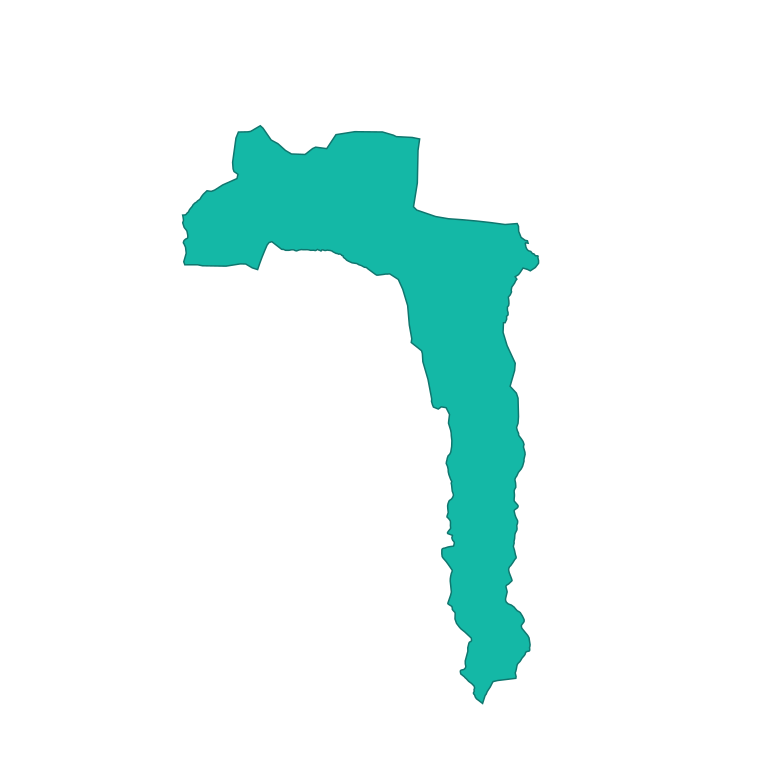 the district of Pietrosita, Dâmbovita, Romania, rotated 209°
{"feature_id": "2599482B72915231289183", "entity_name": "Pietrosita", "entity_type": "district", "adm_level": 2, "iso_a3": "ROU", "parent_name": "Romania", "parent_adm1": "Dâmbovita", "projection": "albers", "projection_center": [25.417, 45.214], "detail": "fine", "context": "isolated", "style": "filled", "palette": "teal", "viewbox_px": 768, "rotation_deg": 209, "n_neighbors": 0, "source": "geoboundaries", "source_scale": "gbopen_adm2", "svg_char_len": 6159}
<svg xmlns="http://www.w3.org/2000/svg" viewBox="0 0 768 768"><g transform="rotate(209 384 384)"><path d="M632.5,467.2L634.0,462.4L634.4,459.9L634.5,458.6L634.5,457.2L634.7,456.0L635.9,453.6L636.1,452.3L637.1,450.7L637.8,448.4L637.9,447.5L637.8,446.5L638.4,443.6L638.6,442.1L638.5,439.4L639.0,438.4L639.3,436.5L639.9,435.5L642.0,434.1L641.0,433.0L638.8,430.1L638.5,429.2L638.3,427.6L637.8,427.0L634.6,424.0L631.2,422.6L630.3,422.0L627.7,418.9L626.7,417.1L626.6,416.5L626.6,416.2L627.8,414.5L628.4,412.7L628.4,411.9L628.1,410.5L627.7,410.0L627.0,409.7L623.9,407.4L620.4,402.5L618.4,393.8L616.0,391.7L604.9,397.9L600.1,399.4L579.3,410.5L567.9,419.4L563.1,421.9L555.5,421.7L550.0,422.8L551.2,429.5L552.2,436.2L553.0,442.9L553.6,448.8L553.1,452.0L551.1,454.1L539.0,452.2L538.5,452.3L537.2,453.0L534.9,453.2L531.9,454.9L531.0,455.6L530.3,456.3L528.6,457.3L527.8,457.6L526.3,457.6L524.9,458.1L523.3,460.0L521.5,461.5L519.9,462.2L516.2,464.3L514.7,464.9L513.1,465.3L510.2,467.0L508.9,467.3L508.2,468.0L507.8,468.9L507.3,469.5L506.0,469.5L505.1,469.8L504.0,469.7L503.5,469.9L503.3,470.4L503.3,471.3L503.1,471.4L502.2,471.8L501.0,471.9L499.9,472.4L498.4,473.7L497.2,474.1L495.9,474.7L494.0,475.1L492.7,474.9L489.1,475.0L488.4,475.4L486.5,475.6L485.9,476.2L484.9,476.4L483.7,476.3L483.4,476.0L483.0,476.0L482.3,476.2L481.9,476.2L481.3,475.5L480.9,475.2L479.8,474.9L478.6,474.8L476.7,474.2L474.5,474.2L470.7,474.5L466.1,476.2L463.9,476.1L461.3,476.6L457.8,476.6L455.8,477.4L454.5,477.0L444.6,475.7L443.2,475.7L442.2,476.2L436.9,480.1L435.7,481.1L434.6,481.6L432.4,483.1L422.2,482.4L413.6,476.0L401.3,464.0L390.4,447.8L381.6,437.0L380.3,433.5L367.3,431.3L365.2,429.2L360.8,422.3L347.7,409.3L335.0,394.0L334.0,391.8L331.6,389.4L329.6,387.8L324.4,388.4L322.8,391.8L318.2,393.4L311.9,389.1L309.6,383.3L308.6,381.0L303.3,375.9L301.5,373.7L300.0,371.3L297.2,367.4L294.5,362.1L292.7,357.1L292.5,355.8L292.5,354.4L293.1,352.3L292.7,349.8L292.1,348.0L291.7,346.3L291.0,344.6L288.7,342.9L286.6,340.6L285.2,338.3L283.3,336.2L279.5,332.9L277.4,331.5L277.2,329.9L275.9,328.4L272.4,323.4L270.2,321.5L269.3,320.3L269.0,318.3L269.1,316.6L269.5,315.4L270.2,314.1L270.4,313.2L270.0,310.4L269.3,308.3L268.0,306.2L265.5,302.7L264.8,298.9L264.4,298.2L262.5,297.7L259.7,296.5L258.5,294.8L257.3,292.4L255.8,290.2L255.8,289.1L256.1,287.9L256.4,285.8L256.3,284.5L255.6,284.1L250.9,284.8L250.6,284.6L250.2,282.6L249.5,281.7L248.1,280.6L246.6,280.1L245.6,279.4L245.0,277.8L244.6,275.9L247.3,273.9L249.1,272.4L251.2,270.1L252.5,269.0L253.1,268.0L253.0,267.0L251.1,263.5L249.4,261.2L247.7,260.3L243.5,258.8L238.6,256.5L234.1,254.2L233.6,253.3L233.3,251.0L232.5,248.2L231.6,245.8L230.5,243.7L224.2,234.7L223.3,231.3L221.9,223.3L221.6,222.8L220.7,222.6L217.5,222.4L216.8,222.3L215.7,221.2L215.0,220.0L213.7,219.4L211.2,218.6L210.5,217.8L208.0,212.9L204.5,209.8L200.2,207.9L197.9,207.1L193.2,206.3L184.5,204.1L183.1,202.2L183.2,200.9L184.1,199.7L184.1,198.5L182.9,194.0L181.1,190.9L178.7,181.2L177.2,178.6L175.7,176.9L175.3,176.0L175.2,174.7L175.6,173.4L176.0,172.8L177.8,171.2L178.1,170.5L178.1,170.0L177.7,169.3L176.8,168.2L176.2,167.6L171.9,166.9L170.6,166.4L169.1,166.1L165.8,165.0L162.1,164.5L158.8,163.5L157.4,162.1L157.3,161.7L157.2,160.8L157.0,160.1L156.1,159.1L156.1,157.5L155.7,156.7L155.3,156.4L154.1,156.0L152.3,154.4L150.5,153.5L142.9,152.4L144.5,160.4L144.5,160.8L144.3,161.9L144.3,162.5L144.5,164.0L144.6,165.2L144.2,170.6L144.4,175.8L144.1,176.8L140.8,179.8L126.0,190.5L126.6,192.1L129.2,195.0L129.4,196.4L130.0,198.7L131.1,201.9L131.4,203.2L131.3,204.7L130.7,206.7L130.5,207.8L130.4,209.6L130.4,211.0L129.6,214.8L129.6,216.5L129.9,217.4L129.9,218.1L129.4,219.2L127.6,220.8L127.4,221.4L127.9,222.6L128.9,224.0L129.3,225.6L129.9,226.9L134.1,232.3L136.3,233.7L145.0,237.2L146.2,238.4L146.8,239.5L146.8,240.2L146.4,242.9L146.3,244.0L146.7,245.0L147.3,245.9L150.4,248.1L154.0,250.1L155.4,250.3L157.6,250.3L160.5,251.3L161.8,251.9L165.4,252.4L168.7,251.9L171.2,252.5L172.2,253.2L173.1,254.2L173.7,255.5L175.4,261.6L175.8,262.3L179.2,265.9L179.3,266.8L179.1,267.8L178.1,269.4L176.7,273.9L176.8,274.3L177.9,275.4L182.8,279.5L184.3,281.1L185.3,282.6L185.5,283.7L185.6,285.1L185.1,286.7L184.7,290.5L184.5,294.1L184.1,295.5L184.2,296.1L184.6,296.8L186.1,298.2L189.4,302.0L191.5,304.0L192.2,304.8L193.0,307.9L193.9,309.2L194.8,312.1L196.1,314.8L196.7,316.3L196.9,317.6L197.0,320.6L197.4,321.8L199.4,324.8L199.7,326.9L200.3,328.3L200.9,329.2L204.1,331.4L206.1,333.2L208.6,336.0L208.8,336.6L208.7,337.3L207.3,340.3L207.2,340.9L207.3,341.8L207.7,342.5L208.5,343.0L213.2,344.7L213.9,345.5L214.6,346.9L215.6,349.3L216.4,350.7L218.0,353.0L218.5,354.1L218.7,355.8L218.6,357.4L219.3,358.7L221.0,361.3L223.0,363.6L223.4,364.7L223.5,366.2L223.3,367.7L223.6,371.9L222.8,376.3L222.9,379.3L224.1,384.3L225.1,386.1L226.4,390.7L227.6,392.6L231.4,396.4L231.9,397.6L232.2,399.0L233.9,400.6L234.8,401.3L236.9,402.4L241.3,404.4L242.4,406.1L244.7,407.8L246.8,410.0L247.1,410.8L247.7,414.6L250.5,420.6L259.9,436.6L263.8,440.2L272.6,443.1L276.3,459.2L279.3,465.8L295.0,477.3L304.9,486.9L309.2,495.5L307.8,496.3L308.1,500.1L309.6,502.6L309.0,504.6L310.1,506.6L311.8,508.3L313.4,511.2L313.0,513.0L313.7,514.9L315.1,517.2L317.4,520.3L316.8,523.2L317.1,526.4L318.2,527.7L319.2,530.6L318.7,535.5L318.9,538.3L318.6,540.1L321.3,541.4L319.4,544.9L319.0,547.4L318.6,552.8L313.9,553.8L310.9,553.9L308.1,559.3L307.4,564.2L307.4,564.6L308.6,566.8L310.8,569.3L311.2,570.5L311.7,570.6L313.7,569.6L316.1,570.5L317.3,570.0L319.9,571.1L321.6,570.7L323.0,570.7L324.4,571.2L326.2,572.5L328.6,575.4L328.6,576.1L326.2,577.0L328.0,578.8L330.3,578.1L335.2,578.7L340.2,582.8L342.8,587.1L345.3,588.9L355.4,582.2L368.7,577.0L381.9,571.5L394.8,565.8L407.7,559.8L420.0,555.5L439.7,552.0L444.1,553.3L452.3,576.0L467.5,604.8L471.6,615.6L478.9,613.3L493.2,606.3L496.3,606.2L507.5,603.7L531.9,590.5L546.9,578.8L548.2,562.1L558.6,558.0L560.6,555.3L564.3,546.5L576.5,540.3L583.4,540.5L593.0,542.7L601.0,542.7L613.9,549.1L617.4,549.9L623.1,540.3L625.4,538.5L633.5,533.8L632.7,527.3L623.9,504.5L620.3,499.0L618.2,497.1L613.4,496.6L612.2,492.4L621.6,479.9L626.2,471.4L628.5,468.7L632.5,467.2Z" fill="#14b8a6" stroke="#0f766e" stroke-width="1.5"/></g></svg>